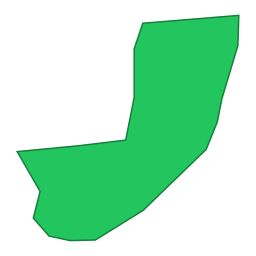 map outline of Sheema (orthographic projection)
{"feature_id": "UGA-5623", "entity_name": "Sheema", "entity_type": "District", "adm_level": 1, "iso_a3": "UGA", "parent_name": "Uganda", "parent_adm1": "", "projection": "orthographic", "projection_center": [30.327, -0.601], "detail": "fine", "context": "isolated", "style": "filled", "palette": "green", "viewbox_px": 256, "rotation_deg": 0, "n_neighbors": 0, "source": "natural_earth", "source_scale": "10m", "svg_char_len": 334}
<svg xmlns="http://www.w3.org/2000/svg" viewBox="0 0 256 256"><path d="M238.8,15.4L237.9,45.5L221.9,98.7L217.3,121.9L206.2,149.4L143.1,210.4L95.3,240.0L70.2,240.6L49.1,236.1L33.3,218.1L40.1,191.5L17.2,151.6L77.1,145.9L125.7,140.1L134.2,97.3L134.2,48.8L142.8,23.2L238.8,15.4Z" fill="#22c55e" stroke="#15803d" stroke-width="1.5"/></svg>